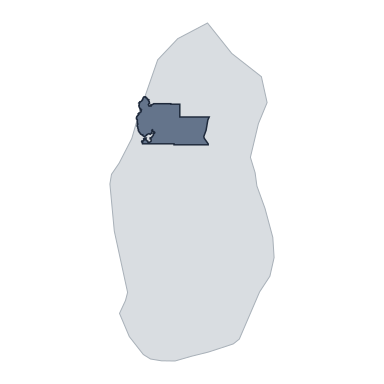 73, Ar Rayyān, Qatar shown in context
{"feature_id": "91078587B33419778787215", "entity_name": "73", "entity_type": "district", "adm_level": 2, "iso_a3": "QAT", "parent_name": "Qatar", "parent_adm1": "Ar Rayyān", "projection": "mercator", "projection_center": [50.94, 25.696], "detail": "fine", "context": "in_parent", "style": "filled", "palette": "slate", "viewbox_px": 384, "rotation_deg": 0, "n_neighbors": 0, "source": "geoboundaries", "source_scale": "gbopen_adm2", "svg_char_len": 5436}
<svg xmlns="http://www.w3.org/2000/svg" viewBox="0 0 384 384"><path d="M208.6,352.0L191.3,356.3L175.0,361.0L161.4,360.8L150.5,359.0L143.3,354.5L129.3,336.6L119.5,313.4L125.5,300.5L127.6,292.4L114.3,231.1L109.9,184.0L111.5,174.3L119.1,163.2L131.8,138.5L138.6,114.8L157.7,59.8L177.8,38.6L207.5,23.0L231.8,53.5L261.4,76.7L267.1,102.6L258.4,123.7L250.4,157.3L255.1,172.7L256.9,186.0L265.0,208.4L272.8,237.4L274.1,257.6L269.9,276.2L259.6,291.9L239.3,339.1L233.3,343.9L208.6,352.0Z" fill="#d9dde1" stroke="#a8b0b8" stroke-width="1"/><path d="M153.7,103.7L153.5,104.0L153.3,104.0L153.2,104.1L152.4,104.6L152.1,104.6L152.0,104.8L151.9,104.8L151.6,104.9L151.0,104.9L151.1,105.2L151.2,105.3L151.2,105.5L150.9,105.6L151.0,105.9L150.8,105.9L150.8,106.0L149.7,106.1L149.5,105.9L149.4,105.9L149.3,106.1L149.1,106.1L149.1,105.8L149.0,105.7L148.7,105.7L148.6,106.0L148.6,105.1L148.6,104.9L148.4,104.5L148.6,104.4L148.8,103.8L149.0,103.8L149.0,103.5L149.3,103.4L149.4,102.8L149.5,102.8L149.1,101.7L149.2,101.4L149.0,101.2L148.9,100.9L148.7,100.9L148.7,100.7L148.4,100.6L148.3,100.3L148.4,100.2L148.2,100.0L148.3,99.9L148.2,99.9L148.1,99.7L147.8,99.6L147.6,99.3L147.7,99.2L147.2,99.0L147.1,98.3L146.9,98.1L146.6,98.1L146.1,97.9L146.1,97.6L145.9,97.6L145.7,97.5L145.6,96.9L145.3,97.0L145.3,96.8L144.2,96.8L143.9,96.9L143.6,97.1L143.5,97.5L143.3,97.8L143.2,97.8L143.1,98.2L143.0,98.3L143.0,98.6L143.0,98.8L142.9,98.9L142.8,99.2L142.7,99.2L142.7,99.3L142.5,99.8L142.4,99.8L142.4,100.0L142.2,100.0L142.1,100.3L141.8,100.6L141.6,101.1L140.5,101.6L140.4,101.7L140.2,101.7L140.2,102.0L139.6,102.0L139.5,102.3L139.3,102.5L139.5,102.5L139.4,102.9L139.2,103.0L139.1,103.4L139.3,103.6L139.1,103.8L139.2,104.1L139.3,104.1L139.2,104.6L139.2,104.9L138.9,105.2L138.9,105.5L139.1,105.5L139.2,105.8L139.0,106.1L138.9,106.1L139.1,106.1L139.0,106.6L139.4,107.5L139.6,108.0L139.8,108.0L140.0,108.2L139.9,108.2L140.0,108.4L140.0,108.9L140.6,109.0L140.6,109.3L140.4,109.8L140.5,109.8L141.4,109.9L141.2,110.4L140.9,110.4L141.0,110.7L141.3,110.7L141.3,110.8L141.2,110.9L141.0,111.1L141.1,111.4L141.1,111.6L141.0,111.8L140.9,111.8L140.7,112.1L140.4,112.3L140.1,112.4L140.1,112.6L139.8,112.8L139.6,113.0L139.3,113.1L138.9,113.1L138.9,113.3L138.5,113.5L138.4,113.6L138.3,113.9L138.4,114.0L138.2,114.0L138.3,114.3L138.2,114.4L138.3,114.9L138.1,115.1L138.1,115.3L137.9,115.4L137.8,115.5L137.4,115.7L137.3,116.2L136.9,116.5L136.7,116.7L136.7,116.8L136.8,116.8L136.5,117.3L136.5,117.9L136.4,118.0L136.4,118.3L136.6,118.3L136.6,118.7L136.5,118.8L136.5,119.0L137.0,119.3L137.0,119.5L137.3,119.6L137.3,119.9L137.4,120.0L137.4,120.4L137.3,121.0L137.3,121.3L137.4,121.6L137.3,122.2L137.4,122.6L137.5,122.8L137.4,123.0L137.3,123.3L137.5,123.4L137.5,123.8L137.7,124.1L137.8,124.1L137.8,124.5L137.7,124.6L137.5,124.9L137.4,124.9L137.3,125.1L137.2,125.1L137.2,125.6L137.1,126.0L137.2,126.4L137.3,126.5L137.5,126.5L137.8,126.8L137.8,127.0L137.7,127.1L137.9,127.7L137.8,128.1L138.0,128.4L138.0,128.8L138.1,129.1L138.5,129.5L138.4,129.8L138.3,130.7L138.5,130.8L138.8,131.3L139.1,131.6L139.3,132.4L139.7,132.5L139.8,132.8L140.0,133.0L140.2,133.5L140.4,133.5L140.5,133.6L140.5,133.9L140.6,134.1L141.3,134.4L141.5,134.5L141.7,134.8L142.0,134.8L142.2,135.0L142.7,134.8L142.7,135.0L142.8,135.0L142.9,135.3L142.9,135.6L143.0,135.7L143.2,136.0L144.3,136.4L144.3,136.5L144.6,136.6L144.8,136.8L144.8,136.5L144.9,136.3L145.2,136.2L145.8,135.7L146.1,135.6L146.4,135.5L146.6,135.4L146.6,134.7L146.8,134.6L147.0,134.5L147.6,134.3L147.9,134.1L148.4,133.9L149.0,133.6L149.3,133.7L149.5,134.0L150.3,134.3L150.4,134.1L150.7,133.9L150.9,133.6L151.3,133.5L151.3,133.1L151.6,133.1L151.8,132.3L151.9,131.9L151.9,131.7L152.3,131.3L152.3,131.2L152.3,130.7L151.9,130.4L152.0,130.0L152.1,129.9L152.2,130.1L152.5,130.0L152.5,130.3L152.2,130.2L152.1,130.3L152.5,130.4L152.5,130.7L152.9,130.9L153.0,131.4L153.2,131.9L153.3,132.0L153.8,131.8L153.9,132.4L154.2,132.6L154.2,131.7L154.3,131.9L154.6,132.1L154.8,132.5L154.7,133.0L154.4,133.3L154.2,133.5L153.9,133.5L153.7,133.7L153.2,133.8L153.4,134.5L153.4,135.1L152.9,135.8L152.4,136.4L152.0,136.6L152.0,136.9L151.8,137.4L151.4,137.7L150.9,137.9L150.7,137.9L150.3,137.8L150.0,138.0L150.1,138.3L150.3,138.5L150.5,138.6L150.4,138.8L150.6,138.8L150.8,138.9L150.9,139.1L151.1,139.8L151.2,140.8L151.0,141.3L150.7,141.6L150.1,141.9L149.9,142.0L149.7,142.1L149.5,142.3L149.4,142.3L149.1,142.4L148.8,142.4L148.7,142.6L148.3,142.5L148.3,142.4L147.9,142.2L147.9,141.6L147.9,141.4L147.7,141.4L147.6,141.2L147.3,141.2L147.0,140.9L146.9,140.5L146.6,140.3L146.4,140.0L146.1,139.8L146.1,139.7L145.9,139.4L145.9,139.0L146.1,138.3L145.9,138.4L145.9,138.6L145.6,138.5L145.5,138.2L145.4,138.2L145.4,138.4L145.5,138.4L145.5,138.6L145.7,138.8L145.7,139.7L145.4,139.8L145.3,139.7L144.7,139.7L144.4,139.5L144.3,138.9L144.4,138.5L144.0,138.5L143.9,138.7L143.7,138.7L143.6,138.8L143.7,139.0L143.8,139.0L144.0,139.2L144.1,139.5L144.1,139.9L143.8,140.2L143.7,140.2L143.7,140.4L143.6,140.5L143.3,140.8L143.1,140.9L143.1,141.0L142.8,141.0L142.8,140.9L142.6,141.0L142.5,140.9L142.4,140.9L142.5,141.1L142.0,141.2L142.0,141.4L142.0,141.5L141.9,141.5L141.7,141.6L141.6,141.8L141.8,142.0L142.0,142.2L142.3,142.4L142.2,142.9L142.8,143.1L142.8,143.3L142.6,143.2L142.8,143.4L142.7,143.8L174.0,143.8L174.0,144.8L208.2,144.8L208.2,143.9L204.2,138.2L203.8,136.5L206.1,130.2L207.8,120.1L209.2,117.0L179.8,117.0L179.8,104.2L170.8,104.2L170.8,103.7L153.7,103.7Z" fill="#64748b" stroke="#1e293b" stroke-width="1.5"/></svg>